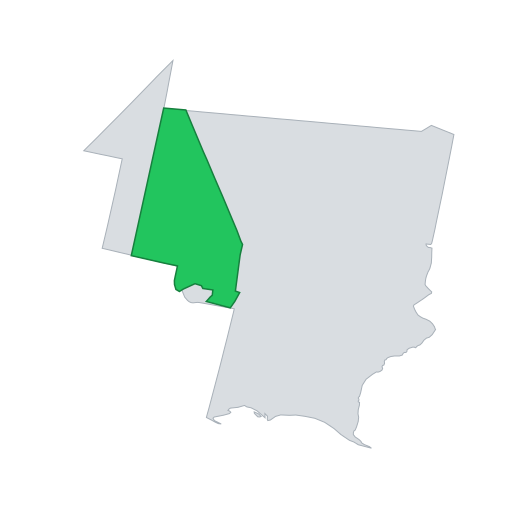 location of Zoueratt, Tiris Zemmour, Mauritania, rotated 283°
{"feature_id": "47542326B94085620874331", "entity_name": "Zoueratt", "entity_type": "district", "adm_level": 2, "iso_a3": "MRT", "parent_name": "Mauritania", "parent_adm1": "Tiris Zemmour", "projection": "orthographic", "projection_center": [-11.264, 23.151], "detail": "fine", "context": "in_parent", "style": "filled", "palette": "green", "viewbox_px": 512, "rotation_deg": 283, "n_neighbors": 0, "source": "geoboundaries", "source_scale": "gbopen_adm2", "svg_char_len": 3807}
<svg xmlns="http://www.w3.org/2000/svg" viewBox="0 0 512 512"><g transform="rotate(283 256 256)"><path d="M219.6,445.6L218.9,445.3L215.8,443.1L214.3,440.5L211.8,438.6L208.4,437.2L206.2,435.7L205.2,434.0L203.9,432.9L202.6,432.3L202.5,431.7L202.8,430.9L202.5,429.3L200.5,425.9L198.6,424.3L197.0,424.5L196.1,424.1L195.6,423.3L195.4,422.2L194.3,421.3L192.4,420.8L190.9,418.3L189.8,413.6L188.4,410.0L186.6,407.3L185.3,406.3L184.3,406.1L184.0,405.7L183.7,405.0L182.3,404.7L180.3,405.4L178.5,405.1L177.7,403.9L176.4,403.7L174.9,404.7L173.1,404.4L171.3,402.7L170.3,401.0L170.1,399.4L166.9,396.1L160.7,391.0L153.9,388.6L146.5,388.7L142.3,388.4L141.4,387.6L140.5,387.6L139.6,388.5L138.6,388.7L137.6,388.2L136.9,388.5L136.7,389.8L134.0,390.3L129.1,390.2L125.1,390.9L122.0,392.3L117.7,392.8L112.1,392.4L108.7,391.8L107.6,390.8L106.0,390.6L103.9,391.0L102.0,393.3L100.3,397.7L98.9,400.1L97.8,400.7L96.6,403.9L95.8,409.3L94.7,411.7L95.1,398.1L96.8,393.1L97.4,388.6L101.1,378.9L105.4,370.9L109.4,360.3L111.1,349.9L110.8,339.7L110.0,330.6L108.3,324.5L106.7,315.8L104.1,311.1L99.4,306.9L98.3,304.5L99.5,303.7L102.5,303.2L104.5,300.1L100.4,301.2L105.4,291.8L107.0,285.3L106.9,281.0L107.8,278.4L104.5,272.5L102.0,265.2L100.6,264.0L99.2,263.4L99.0,265.1L98.1,266.6L96.5,265.6L93.6,260.2L89.7,251.5L88.3,250.6L87.0,251.7L86.2,252.8L84.5,259.9L84.2,257.0L84.9,253.7L86.1,249.6L87.5,244.0L91.1,244.1L97.6,244.4L110.6,244.8L117.1,245.0L130.2,245.4L136.7,245.6L149.7,245.9L156.3,246.0L169.3,246.3L175.8,246.4L188.9,246.6L195.4,246.7L199.7,246.7L199.5,242.6L199.3,239.4L199.1,235.1L198.9,230.8L198.7,226.5L198.5,222.4L198.3,218.4L198.1,214.6L197.9,211.1L197.6,209.2L196.2,205.2L196.0,203.3L196.4,201.2L197.3,199.3L199.9,195.8L203.7,193.1L208.1,190.0L211.5,187.6L213.2,187.0L218.5,186.2L222.6,184.4L226.6,182.7L228.3,181.7L228.5,178.4L228.9,104.4L248.4,104.5L253.5,104.5L289.4,104.3L294.5,104.2L320.6,103.8L320.5,100.4L320.4,95.4L320.3,88.5L320.1,81.6L319.9,69.5L319.8,64.5L324.9,67.7L335.3,74.3L340.5,77.5L351.0,84.0L361.4,90.5L372.0,97.0L377.2,100.2L382.5,103.4L387.8,106.6L393.1,109.8L403.7,116.2L408.1,118.8L415.0,123.1L421.4,127.1L427.8,131.1L418.2,131.5L405.3,132.0L396.5,132.4L387.4,132.7L378.9,133.0L379.9,139.9L381.0,147.5L382.0,155.1L383.1,162.6L384.1,170.2L387.3,192.9L388.3,200.5L389.4,208.1L390.4,215.7L391.5,223.2L393.6,238.4L394.6,246.0L395.7,253.5L396.8,261.1L397.8,268.7L398.9,276.2L401.0,291.3L402.0,298.9L403.1,306.4L404.1,314.0L405.2,321.6L406.2,329.1L407.3,336.6L408.3,344.2L410.4,359.3L411.5,366.8L412.5,374.3L413.6,381.8L414.6,389.1L418.1,392.8L422.7,397.5L421.6,404.4L420.3,412.6L418.9,421.5L406.7,422.0L394.7,422.4L364.7,423.3L358.7,423.5L328.7,424.1L322.7,424.3L311.1,424.4L307.7,424.3L306.5,423.6L306.0,419.0L304.9,419.3L303.7,420.7L303.1,422.2L303.4,424.1L303.2,425.7L299.3,426.4L294.1,427.5L288.6,428.4L283.1,428.2L281.2,427.8L279.2,427.2L274.8,426.6L272.4,426.5L269.6,426.7L266.4,427.1L265.3,427.9L262.9,431.4L260.5,435.3L259.0,435.3L257.2,433.1L252.4,429.0L246.6,423.6L244.0,421.0L242.6,420.6L239.8,422.5L237.5,424.4L235.0,427.0L233.9,429.5L233.0,432.5L232.6,436.0L231.6,440.0L229.6,443.3L227.2,445.8L225.4,446.9L224.8,447.5L219.6,445.6ZM102.7,294.2L100.8,297.1L100.0,295.9L99.7,293.9L101.4,291.2L102.3,289.8L103.7,289.3L102.7,294.2Z" fill="#d9dde1" stroke="#a8b0b8" stroke-width="1"/><path d="M216.7,248.3L217.2,243.8L253.4,240.3L264.2,240.3L267.1,237.9L276.5,231.7L286.9,224.2L307.3,209.5L311.6,206.3L323.0,197.9L338.9,186.4L345.5,181.4L369.5,164.1L382.5,154.8L379.4,132.8L228.3,134.4L228.4,167.9L228.7,181.7L224.3,181.8L217.4,181.9L213.7,182.0L209.9,183.0L205.4,185.5L204.2,189.4L207.6,192.8L214.3,201.5L215.3,202.8L215.0,206.9L214.8,209.5L212.4,211.5L213.2,221.6L207.9,222.2L205.9,220.7L200.5,217.8L199.7,242.6L207.1,245.6L216.7,248.3Z" fill="#22c55e" stroke="#15803d" stroke-width="1.5"/></g></svg>